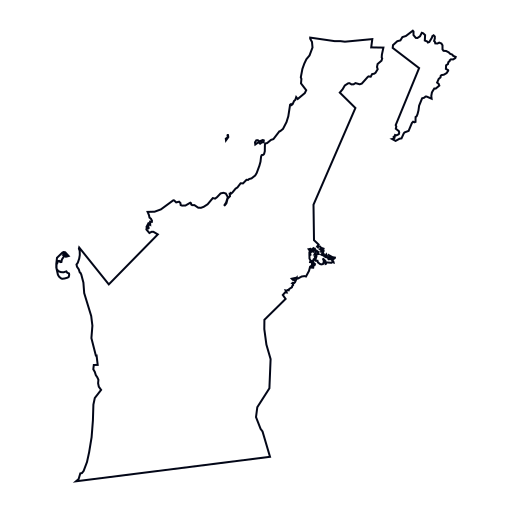 outline of Northern Peninsula Area, Queensland, Australia
{"feature_id": "25037944B13244512579669", "entity_name": "Northern Peninsula Area", "entity_type": "district", "adm_level": 2, "iso_a3": "AUS", "parent_name": "Australia", "parent_adm1": "Queensland", "projection": "robinson", "projection_center": [142.362, -10.972], "detail": "fine", "context": "isolated", "style": "outline", "palette": "ink", "viewbox_px": 512, "rotation_deg": 0, "n_neighbors": 0, "source": "geoboundaries", "source_scale": "gbopen_adm2", "svg_char_len": 5933}
<svg xmlns="http://www.w3.org/2000/svg" viewBox="0 0 512 512"><path d="M292.8,279.8L291.8,278.7L296.0,277.8L296.2,278.6L296.9,277.6L297.1,278.6L297.8,278.6L301.7,276.5L304.5,276.1L306.0,276.5L309.0,270.9L310.1,266.7L311.5,265.7L311.6,267.6L313.2,267.7L313.5,265.5L311.9,265.0L312.0,263.8L312.6,263.6L313.9,265.1L314.6,265.1L315.0,264.1L313.7,263.1L312.9,260.8L312.2,260.9L311.4,262.2L310.1,262.1L310.5,260.5L309.5,258.6L309.4,254.4L309.4,254.0L310.2,255.0L310.5,254.8L310.0,253.1L310.8,252.3L310.0,251.9L310.0,251.0L308.7,249.2L310.5,248.8L310.8,249.2L310.5,250.0L312.0,249.5L311.9,251.3L313.3,251.7L313.7,250.4L312.9,249.6L312.8,248.6L313.6,248.1L314.4,249.0L314.9,248.8L315.1,249.3L314.7,250.2L315.9,251.4L315.1,253.1L315.7,252.7L316.8,250.8L318.0,251.8L318.0,253.2L318.6,254.0L316.2,254.3L315.4,255.1L316.3,255.4L315.9,256.0L316.4,256.6L316.1,257.4L315.1,257.2L315.6,258.5L314.5,258.5L313.8,259.2L315.8,260.8L317.5,260.8L317.9,262.4L320.0,264.0L321.3,264.4L322.9,264.1L323.4,263.1L323.9,261.0L322.8,258.4L325.4,261.0L325.1,262.6L325.5,264.0L326.0,263.8L326.5,262.4L331.3,262.8L332.1,262.1L333.6,262.5L333.3,261.4L332.0,260.1L334.8,258.1L334.9,257.6L332.7,257.2L331.6,258.0L331.8,256.8L329.1,255.3L329.2,256.5L330.4,258.5L330.1,259.0L328.8,259.3L328.2,258.7L328.3,257.6L325.6,257.1L324.5,256.3L326.9,255.6L326.3,254.4L325.7,255.3L323.8,255.6L321.6,254.8L321.3,254.6L322.2,253.7L323.0,254.1L323.6,253.8L322.7,252.0L321.7,251.8L323.5,251.2L323.6,250.3L321.7,249.7L320.9,250.0L319.9,249.2L321.5,248.7L322.5,249.0L323.1,248.5L321.1,247.8L320.0,246.5L318.7,246.5L317.9,247.3L317.1,246.6L318.4,244.8L319.2,245.1L314.0,240.2L313.5,204.7L355.4,108.0L339.8,92.6L342.6,89.3L344.8,85.5L348.2,83.3L349.5,83.2L351.5,84.4L353.6,84.3L355.5,83.1L359.7,84.3L361.8,83.6L367.7,77.0L368.5,76.4L370.7,76.7L372.1,74.1L374.2,73.7L375.5,72.8L377.7,69.2L377.0,67.0L377.6,64.0L381.5,60.7L382.2,58.4L381.7,57.5L381.9,54.6L383.4,47.6L371.2,47.4L372.3,39.1L344.9,41.7L340.2,41.1L334.4,41.1L310.2,37.6L310.2,38.7L312.0,42.0L312.5,47.5L309.5,55.5L306.4,59.2L304.3,63.6L302.4,68.9L300.8,77.3L301.4,78.9L301.0,83.4L306.2,90.2L304.8,93.1L297.7,99.0L296.2,97.1L295.3,99.9L294.1,100.9L292.6,104.2L291.6,105.0L291.0,104.1L290.1,104.7L288.3,116.3L286.5,122.1L283.0,128.9L280.2,131.2L279.4,131.3L273.4,139.1L271.0,139.9L267.1,143.1L265.2,143.5L264.9,144.9L264.8,151.2L264.1,153.9L263.3,154.8L261.7,155.1L261.1,156.5L260.5,161.7L259.4,165.7L256.7,173.0L255.2,175.5L251.5,178.4L249.2,179.0L248.1,179.9L246.5,179.8L243.0,183.4L240.6,183.3L237.4,187.5L235.6,188.6L232.4,192.5L231.2,193.5L230.6,193.1L230.4,193.8L229.7,193.8L230.0,196.2L227.6,198.7L226.4,203.3L224.8,205.3L224.1,205.7L226.1,202.5L227.8,197.1L225.8,193.5L223.4,192.8L220.6,193.4L217.0,197.2L215.1,198.6L212.8,198.1L207.6,204.3L203.7,206.8L201.0,207.8L198.2,207.7L194.4,205.1L192.1,205.1L191.2,204.5L191.1,203.3L190.3,202.7L185.5,205.5L182.1,205.6L180.7,205.1L180.4,203.0L179.1,201.7L176.2,202.4L174.1,200.4L173.3,200.3L160.9,209.4L154.6,211.7L147.6,211.9L149.0,215.2L149.5,217.6L150.9,218.7L152.0,220.8L151.8,221.9L150.1,221.7L150.2,224.6L148.4,223.3L147.0,226.0L148.5,225.8L148.1,226.6L148.7,228.0L148.4,228.4L146.7,227.8L146.4,229.5L149.4,233.0L151.6,231.8L153.4,231.8L157.8,234.4L108.8,284.4L79.2,247.5L78.9,248.7L79.7,250.8L79.8,255.0L79.2,258.6L77.8,262.7L76.5,264.5L77.0,266.7L78.8,269.4L79.8,272.5L80.5,272.9L81.3,274.6L83.4,282.6L84.2,293.1L91.2,316.0L92.4,325.7L91.4,338.1L95.8,355.4L96.2,356.0L96.6,355.8L97.7,364.9L93.8,365.0L93.3,369.3L94.8,371.9L95.8,375.1L97.3,377.3L98.4,379.8L98.1,383.3L98.8,386.7L101.1,389.9L94.8,398.0L93.4,404.6L92.9,420.6L91.6,437.2L89.1,452.4L87.0,462.0L83.6,471.0L81.9,473.1L80.3,473.4L78.6,479.1L76.0,481.3L270.0,456.8L262.5,431.4L260.6,428.9L256.0,417.1L257.3,407.2L269.4,388.3L270.6,359.1L266.4,344.6L264.3,329.1L264.4,319.8L285.6,298.9L282.8,295.0L285.1,292.4L286.6,292.5L285.6,290.4L286.9,290.6L287.7,290.0L288.7,290.3L289.2,289.0L291.9,287.3L292.3,285.9L293.1,285.1L292.8,283.7L292.2,283.3L293.0,282.7L294.1,283.1L295.0,282.2L295.8,280.4L292.8,279.8ZM395.6,140.9L399.6,138.7L401.5,138.4L403.8,133.3L404.6,132.4L408.6,130.9L411.9,123.0L413.1,121.7L414.4,122.3L415.5,121.9L415.6,117.0L416.6,116.3L417.5,114.2L418.5,110.3L419.1,105.7L422.1,98.3L424.2,97.7L425.6,96.5L426.5,96.5L431.6,98.7L431.3,95.9L431.9,92.5L432.6,91.2L434.3,88.5L435.7,88.6L439.3,85.6L438.7,83.9L437.1,82.6L438.7,78.9L440.5,77.4L440.7,75.8L441.5,75.1L443.9,74.7L446.6,73.1L448.2,70.7L448.1,70.1L445.9,68.9L446.1,65.3L448.0,64.0L448.3,62.2L449.6,61.2L449.7,60.4L450.8,59.4L453.2,59.4L455.3,58.1L455.7,56.9L453.1,55.8L452.4,54.7L450.0,53.7L448.8,52.4L446.1,51.0L443.5,50.8L442.5,49.4L442.5,45.3L441.4,43.5L439.2,42.6L437.5,43.5L435.3,43.4L434.8,41.6L434.1,41.0L434.8,38.6L434.8,36.5L433.6,35.3L432.4,36.1L431.9,37.7L429.3,42.0L427.9,42.5L427.4,41.6L424.8,40.5L425.1,35.1L423.2,33.3L421.8,32.8L420.0,36.3L417.4,38.0L415.8,37.9L413.5,35.1L413.5,31.5L412.8,30.7L405.9,36.0L402.4,37.1L400.4,40.4L397.3,41.2L393.0,45.1L392.7,47.9L419.1,68.1L395.7,125.1L396.3,126.5L395.8,128.7L398.9,131.2L399.2,132.6L398.9,134.0L398.2,134.5L396.2,135.4L395.1,135.0L394.6,137.2L393.2,136.2L394.2,137.7L393.9,138.5L392.1,139.0L395.6,140.9ZM56.3,267.6L57.9,274.7L59.0,276.6L60.8,278.2L62.1,278.8L64.6,278.5L67.7,277.6L68.8,276.8L69.2,274.8L69.0,273.5L67.2,272.7L66.4,271.4L63.5,272.3L60.8,272.1L58.3,271.1L56.7,269.0L56.5,268.1L56.5,264.6L57.6,262.4L57.6,261.1L59.1,260.9L60.0,261.2L59.9,261.7L60.4,262.1L61.4,262.0L61.9,259.5L64.0,256.3L65.9,256.3L66.1,256.7L66.7,256.4L65.8,255.3L63.2,254.9L63.6,254.2L65.3,253.6L67.2,255.3L67.6,256.3L68.6,256.0L65.2,252.3L63.7,252.0L62.4,252.6L57.0,257.8L56.3,263.9L56.3,267.6ZM255.3,144.5L258.1,142.5L259.0,142.7L260.1,143.7L261.8,142.4L263.5,142.3L263.8,140.4L262.8,140.0L259.4,141.4L257.8,140.2L256.3,140.3L255.0,142.3L255.3,144.5ZM227.3,137.6L225.8,138.7L226.0,140.3L228.3,137.1L227.9,134.3L227.5,135.5L227.9,136.5L227.3,137.6Z" fill="none" stroke="#020617" stroke-width="2"/></svg>